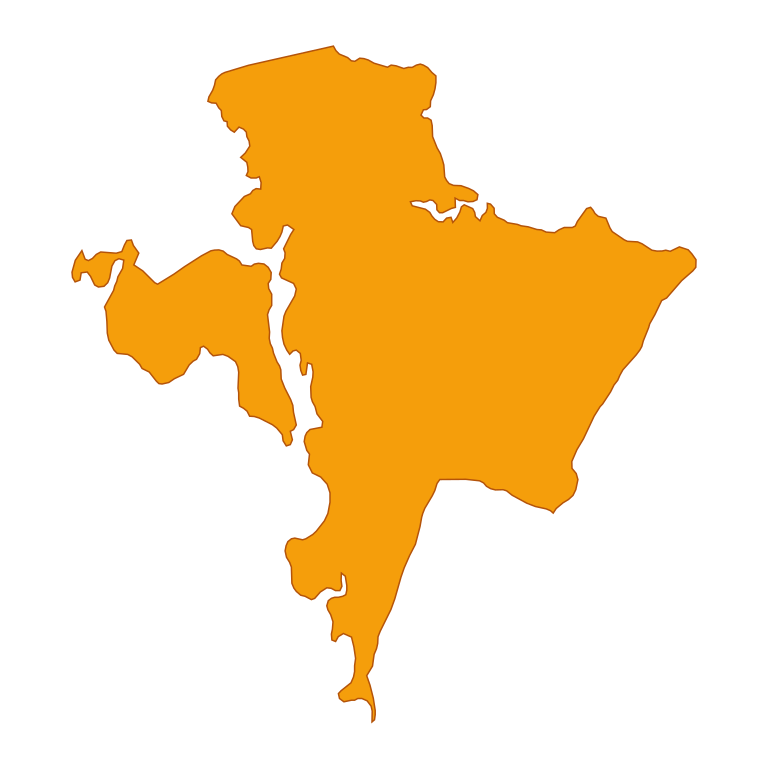 outline of Kisauni, Coast, Kenya
{"feature_id": "3690345B29559403317261", "entity_name": "Kisauni", "entity_type": "district", "adm_level": 2, "iso_a3": "KEN", "parent_name": "Kenya", "parent_adm1": "Coast", "projection": "equal_earth", "projection_center": [39.676, -3.982], "detail": "fine", "context": "isolated", "style": "filled", "palette": "amber", "viewbox_px": 768, "rotation_deg": 0, "n_neighbors": 0, "source": "geoboundaries", "source_scale": "gbopen_adm2", "svg_char_len": 6083}
<svg xmlns="http://www.w3.org/2000/svg" viewBox="0 0 768 768"><path d="M335.9,50.6L333.4,46.1L248.5,65.3L225.0,72.4L221.8,73.9L218.7,76.4L215.6,79.9L214.5,85.2L212.7,90.2L208.9,96.9L207.9,101.3L211.6,102.9L216.1,103.2L218.8,107.9L221.3,110.5L221.8,116.5L223.9,120.8L227.1,121.7L227.4,126.2L230.6,129.9L234.3,132.2L239.0,127.1L243.5,129.1L246.3,132.1L246.9,136.7L249.1,141.1L249.8,146.1L245.3,153.0L240.7,157.4L246.8,162.3L247.8,167.2L248.0,171.6L246.3,175.5L251.0,178.0L256.2,178.0L259.3,176.7L261.1,182.5L260.7,189.1L256.1,188.6L252.8,190.5L250.4,193.8L244.3,196.5L234.9,206.5L231.9,213.8L240.7,225.7L248.5,227.5L251.6,229.5L252.7,241.3L253.8,245.6L256.3,248.8L260.4,249.5L267.5,247.9L271.3,248.2L277.1,241.3L280.0,236.5L281.9,232.1L283.3,226.0L287.5,225.0L293.9,229.5L290.7,234.4L283.6,248.8L285.1,252.8L284.7,258.4L281.9,263.1L281.2,269.1L279.5,274.2L281.5,277.9L293.6,283.4L296.3,289.0L294.7,296.0L285.9,311.3L284.0,316.2L281.9,330.7L282.5,337.4L284.0,344.2L286.8,350.1L289.7,354.3L293.1,350.9L296.3,350.1L300.3,353.4L301.2,360.3L300.0,365.2L300.8,370.5L302.6,375.1L305.9,374.4L307.5,362.9L311.7,364.3L313.1,371.8L312.8,377.1L310.7,386.6L311.1,397.3L312.4,401.7L315.1,406.6L317.0,413.9L322.7,421.4L321.9,427.2L310.0,429.5L306.8,432.6L305.1,436.2L304.2,441.6L306.8,450.4L309.5,454.1L308.3,464.8L312.3,472.9L320.7,477.0L327.2,484.2L330.0,492.8L330.0,502.3L327.9,513.5L324.4,520.9L316.3,531.2L312.9,534.4L305.8,538.8L302.6,539.8L294.8,538.1L291.4,538.8L287.9,541.6L286.1,545.7L285.1,550.9L286.5,557.3L289.6,562.3L291.4,567.1L291.9,583.3L293.9,588.1L296.3,591.4L300.7,595.2L305.1,596.3L311.4,599.6L314.7,598.4L320.3,592.0L326.8,587.8L331.2,588.3L335.5,590.6L339.9,590.6L341.9,586.3L341.1,580.2L341.4,573.1L345.3,576.2L346.8,585.5L346.8,590.1L345.8,594.7L342.7,596.3L338.3,597.3L334.6,597.3L331.4,598.3L328.3,600.7L326.8,605.8L327.9,609.8L330.7,614.7L333.0,621.8L332.4,629.2L331.4,634.1L331.9,640.0L335.6,641.5L338.3,636.6L343.4,633.5L351.5,637.1L353.9,646.9L355.6,658.4L354.6,665.7L354.6,671.6L353.5,677.0L351.0,682.8L341.2,690.6L338.4,693.6L339.5,698.5L343.9,701.8L351.5,700.2L354.6,700.2L357.8,698.5L361.9,698.5L367.1,700.8L371.1,706.1L372.2,711.0L372.0,721.9L374.5,719.8L375.2,714.7L375.2,710.4L373.3,698.2L370.0,685.2L366.7,675.7L372.5,666.1L374.1,654.4L376.5,648.7L377.7,643.5L378.0,636.8L380.2,631.2L390.9,609.6L394.8,598.8L401.0,577.0L404.2,567.8L409.7,555.3L415.4,544.3L420.0,526.6L421.7,517.1L422.8,513.3L424.8,508.3L432.3,495.7L434.8,490.6L437.0,483.5L439.8,479.5L465.8,479.3L479.6,480.8L483.6,482.9L486.5,486.3L490.7,488.7L495.4,489.9L503.1,489.7L506.6,490.8L512.1,495.2L526.8,503.2L535.4,506.5L546.3,508.9L550.5,510.7L553.2,513.1L556.2,508.5L563.0,502.8L568.6,499.4L573.0,495.4L575.8,489.6L577.9,479.6L576.2,473.5L572.0,468.4L571.8,461.5L576.9,449.7L583.4,438.9L594.1,416.2L600.1,406.6L602.6,404.0L610.6,391.8L614.0,385.0L617.7,380.3L619.8,375.4L622.9,369.8L636.1,355.0L639.8,350.1L641.8,346.5L643.3,340.9L648.6,327.7L649.7,323.8L654.9,314.6L661.7,300.5L666.6,298.0L681.7,280.6L692.8,270.9L695.8,267.3L696.0,259.7L691.9,253.9L688.2,249.8L679.4,246.9L670.2,251.3L665.8,250.2L662.1,251.0L657.0,251.1L651.9,250.2L642.1,243.8L637.7,241.9L627.4,241.3L624.2,239.8L612.2,231.6L609.9,227.8L605.9,218.1L598.2,216.3L595.0,213.5L593.0,210.1L590.6,207.3L586.6,208.6L577.4,221.4L575.3,226.0L572.3,227.5L564.2,227.5L559.0,229.8L554.7,232.7L546.2,232.1L541.4,229.9L536.9,229.5L528.1,226.8L521.1,225.8L517.4,224.4L507.4,222.7L504.2,220.2L497.4,217.3L494.3,213.8L494.1,208.2L490.5,204.1L487.3,203.3L487.4,208.4L485.9,212.4L482.3,215.5L480.0,220.8L475.4,216.6L474.7,212.4L472.7,208.6L464.2,204.8L461.4,206.9L459.9,212.0L456.8,217.9L452.8,222.5L451.0,217.3L446.6,218.1L443.1,221.9L438.3,221.7L434.7,219.3L431.9,216.0L429.8,212.4L425.4,209.2L412.2,205.8L410.4,201.8L415.9,200.7L420.3,200.9L423.4,202.2L426.6,201.5L429.8,199.9L433.0,200.5L436.7,204.5L436.9,209.8L439.5,212.7L442.7,212.7L451.5,208.4L455.4,207.4L455.1,198.1L459.6,200.5L463.5,200.5L467.9,201.8L473.0,201.5L477.0,199.7L477.9,194.6L473.5,190.8L468.6,188.4L461.0,185.7L453.5,185.4L449.1,183.6L446.6,180.5L444.7,176.9L443.8,164.9L442.4,159.8L440.3,153.5L437.1,147.9L432.6,136.6L432.2,125.6L431.1,120.2L427.6,118.0L423.9,118.0L421.0,115.1L423.4,109.8L426.6,109.5L430.3,106.7L430.6,100.8L433.4,94.7L435.0,88.8L435.9,82.7L435.9,75.9L431.9,72.5L427.7,67.6L423.4,65.1L420.3,64.1L416.4,65.1L412.2,67.4L408.2,67.3L403.8,68.5L396.0,65.8L391.1,65.1L387.5,67.2L374.0,63.2L368.3,60.0L363.9,58.6L359.7,58.2L354.9,61.3L351.3,60.8L347.7,57.6L339.3,54.1L335.9,50.6ZM75.3,260.3L72.0,272.2L72.5,277.4L75.1,281.9L80.0,280.1L81.2,272.8L87.2,272.0L90.5,276.3L94.7,285.0L98.4,287.0L104.0,286.3L107.7,282.7L109.6,278.1L111.9,266.1L114.9,260.7L118.9,258.7L123.8,260.1L122.6,268.5L117.9,276.8L116.8,281.4L114.7,286.0L113.6,290.4L104.5,307.0L106.0,311.3L106.9,321.5L107.3,333.2L108.8,340.2L114.0,350.1L117.2,353.4L127.7,354.4L132.1,356.8L139.6,364.2L142.1,368.5L149.2,372.0L156.4,381.2L158.9,383.6L162.1,384.0L168.8,382.5L174.4,378.7L183.6,374.3L189.2,364.9L193.2,361.1L196.5,359.3L199.7,353.7L200.4,347.6L203.6,346.2L207.5,349.1L210.0,352.9L213.2,355.8L222.9,354.4L228.0,356.3L235.5,361.6L237.8,366.7L238.7,372.3L238.0,388.2L238.7,392.8L238.7,399.1L239.6,406.1L243.6,408.3L247.1,411.2L249.6,416.2L254.3,416.5L259.2,418.0L272.4,424.7L276.7,428.0L282.3,434.7L283.1,440.8L286.3,445.9L290.3,444.6L292.4,439.8L290.3,431.3L293.6,429.6L296.3,425.0L293.5,412.3L292.8,405.3L290.7,399.7L284.7,387.9L281.2,379.0L280.8,369.8L279.5,365.9L277.0,361.9L273.5,353.1L272.4,348.1L270.3,343.7L269.2,338.3L269.6,332.0L267.5,314.6L269.1,309.8L271.7,305.4L271.7,294.2L268.7,288.6L268.2,283.4L270.8,279.4L271.2,272.5L268.2,267.3L264.0,264.0L258.4,263.3L254.3,264.1L251.2,266.3L241.9,265.0L239.4,261.0L236.6,258.9L227.2,254.5L223.2,251.1L218.9,249.9L214.6,250.1L210.9,250.8L201.5,255.8L184.5,266.7L174.0,274.1L157.6,284.2L154.7,282.7L142.8,270.9L133.8,264.9L138.8,253.1L133.4,245.5L131.4,240.0L126.9,240.5L124.5,244.9L121.8,251.6L116.2,253.2L100.7,252.0L96.3,254.4L92.4,258.5L88.4,260.6L85.1,259.2L81.9,250.6L75.3,260.3Z" fill="#f59e0b" stroke="#b45309" stroke-width="1.5"/></svg>